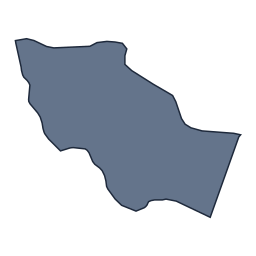 SVG path tracing the border of Saint Mary
{"feature_id": "JAM-1381", "entity_name": "Saint Mary", "entity_type": "Parish", "adm_level": 1, "iso_a3": "JAM", "parent_name": "Jamaica", "parent_adm1": "", "projection": "albers", "projection_center": [-76.93, 18.277], "detail": "fine", "context": "isolated", "style": "filled", "palette": "slate", "viewbox_px": 256, "rotation_deg": 0, "n_neighbors": 0, "source": "natural_earth", "source_scale": "10m", "svg_char_len": 934}
<svg xmlns="http://www.w3.org/2000/svg" viewBox="0 0 256 256"><path d="M15.4,40.6L26.6,38.7L33.9,40.5L46.6,46.5L53.8,47.9L89.9,46.3L97.0,42.6L106.9,41.4L115.0,42.0L122.4,43.3L126.8,48.9L124.9,55.7L124.9,64.4L131.7,70.6L153.4,84.3L172.6,95.5L175.8,101.7L181.5,118.6L185.1,124.2L190.9,127.8L202.0,130.9L233.7,133.3L240.6,134.8L238.8,136.9L210.2,217.3L176.2,201.1L166.0,199.1L162.5,199.9L154.7,199.9L151.0,200.6L148.6,201.7L147.8,203.2L147.1,204.9L145.7,206.6L144.3,207.7L136.0,211.1L121.6,205.3L115.1,199.0L107.9,189.1L106.6,186.4L105.9,180.9L104.6,175.7L102.2,170.7L99.6,167.9L94.8,164.3L92.7,161.5L89.0,152.7L87.2,150.3L85.2,148.9L73.5,147.6L71.6,147.7L69.8,148.0L60.5,150.9L48.7,139.1L44.7,133.6L44.0,131.9L43.0,128.4L42.1,122.9L40.2,117.0L37.7,112.9L30.1,103.9L28.8,101.5L28.6,99.5L29.9,85.1L28.8,82.7L27.1,80.4L23.9,77.3L22.7,75.0L21.5,70.4L21.1,67.0L15.9,43.5L15.4,40.6Z" fill="#64748b" stroke="#1e293b" stroke-width="1.5"/></svg>